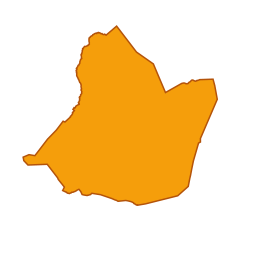 Ringebu nor, Oppland, Norway (Mercator projection), rotated 27°
{"feature_id": "86288312B31660011539204", "entity_name": "Ringebu nor", "entity_type": "district", "adm_level": 2, "iso_a3": "NOR", "parent_name": "Norway", "parent_adm1": "Oppland", "projection": "mercator", "projection_center": [10.18, 61.557], "detail": "fine", "context": "isolated", "style": "filled", "palette": "amber", "viewbox_px": 256, "rotation_deg": 27, "n_neighbors": 0, "source": "geoboundaries", "source_scale": "gbopen_adm2", "svg_char_len": 4963}
<svg xmlns="http://www.w3.org/2000/svg" viewBox="0 0 256 256"><g transform="rotate(27 128 128)"><path d="M98.2,213.4L101.5,213.3L101.5,213.2L101.8,213.2L102.2,213.1L102.7,213.2L103.4,213.6L104.2,213.3L104.3,213.3L105.6,213.0L105.7,212.8L106.4,211.9L106.7,211.8L106.9,211.3L106.9,210.9L108.3,210.1L108.6,209.5L108.9,209.3L109.2,209.0L109.6,208.6L109.7,208.4L109.8,208.2L110.3,207.5L110.6,207.2L110.7,206.7L110.9,206.4L112.1,204.9L112.7,205.1L114.9,206.2L115.9,207.0L117.3,208.1L118.8,207.8L120.1,207.4L121.4,207.0L121.6,206.9L122.0,206.8L122.1,206.7L122.4,206.6L122.5,206.3L122.9,206.1L124.3,204.8L124.4,204.6L124.7,204.5L124.9,204.3L125.0,203.9L125.1,203.4L125.2,203.0L125.4,202.6L133.7,199.9L135.8,199.6L145.5,198.2L149.1,198.0L150.6,197.7L151.9,197.8L152.4,197.8L158.9,193.6L161.2,192.9L164.3,192.2L166.8,192.1L167.0,192.3L167.4,192.4L167.4,192.5L167.5,192.6L167.9,192.5L168.1,192.6L168.4,192.5L168.7,192.6L169.3,192.6L170.2,192.8L170.3,192.7L170.7,192.6L170.8,192.5L171.0,192.6L171.3,192.3L171.4,192.5L171.5,192.5L178.2,187.5L203.1,165.8L208.2,152.7L205.9,144.7L205.3,142.1L203.4,135.6L201.2,127.6L197.7,109.4L198.9,107.6L197.3,104.5L195.5,77.1L194.5,61.9L186.0,50.8L181.6,45.9L169.9,52.4L169.7,52.5L169.4,53.1L168.7,53.8L168.3,54.0L168.2,54.2L167.8,54.4L167.8,54.7L167.3,55.1L167.2,55.3L167.0,55.6L166.5,55.8L166.1,55.8L165.1,55.9L164.7,55.8L164.3,55.8L163.6,56.0L163.2,56.3L163.0,56.5L162.8,57.0L162.7,57.5L162.3,58.7L162.1,59.0L161.6,59.6L161.5,60.5L161.2,61.1L161.2,61.3L160.9,61.5L160.5,61.6L160.3,61.8L160.1,62.0L159.7,62.1L159.1,62.3L158.5,62.2L158.2,62.2L157.1,62.7L156.4,63.2L155.8,63.9L155.6,63.9L145.3,79.4L132.4,68.6L121.5,59.4L101.1,56.5L71.6,42.4L66.3,55.3L66.2,55.3L65.8,55.0L65.4,55.0L65.1,55.0L64.9,55.0L64.6,55.0L64.5,55.3L64.4,55.5L64.1,55.8L63.6,55.8L63.3,56.0L62.9,56.0L62.5,55.8L62.1,55.8L61.9,55.7L61.8,55.8L61.6,56.1L61.1,56.3L60.7,56.1L60.1,56.0L59.9,56.0L59.7,56.1L59.3,56.1L59.2,56.3L58.9,56.3L58.7,56.5L58.5,56.4L58.3,56.3L58.2,56.4L57.9,56.6L57.8,56.8L57.8,57.0L57.7,57.1L57.0,57.5L56.9,57.7L57.0,58.0L56.9,58.0L56.4,58.1L56.0,58.4L55.8,58.7L55.5,59.0L55.2,59.4L55.2,59.7L55.0,59.9L54.9,60.3L54.6,60.5L54.3,60.8L54.3,61.1L54.3,61.4L54.3,61.5L54.2,61.8L54.1,62.2L54.0,62.4L53.8,62.4L53.6,62.6L53.4,63.0L53.2,63.3L53.1,63.6L53.1,63.8L53.1,64.3L52.9,64.4L52.9,64.8L52.8,65.0L52.5,65.5L52.8,66.0L52.8,66.5L53.2,67.0L53.4,67.6L53.6,67.8L53.8,68.3L53.9,68.5L54.1,68.7L54.8,69.5L54.9,69.8L55.0,70.1L55.4,70.7L55.5,70.9L55.5,71.1L55.4,71.2L55.2,71.5L55.0,72.4L55.0,72.5L54.5,72.7L54.5,73.1L54.4,73.2L53.9,73.8L53.6,74.3L53.3,74.6L52.4,74.9L52.3,75.0L52.2,75.2L52.2,75.4L52.1,75.8L52.0,76.6L51.9,76.8L52.0,77.2L51.9,77.4L51.7,77.6L51.5,77.8L51.6,78.0L51.8,78.1L52.0,78.3L52.1,78.6L52.1,78.9L52.1,79.0L51.9,79.5L52.2,79.9L52.3,80.1L52.6,80.8L52.7,81.6L52.9,81.8L53.0,82.4L52.9,82.7L52.9,82.9L53.0,83.2L52.9,83.6L53.2,83.7L53.3,83.8L53.1,84.3L53.2,84.5L53.4,84.6L53.8,85.1L54.2,85.7L54.6,86.5L55.2,87.0L55.2,87.3L54.9,87.5L54.8,87.8L54.8,88.1L54.8,88.5L54.7,88.7L54.7,89.0L54.8,89.2L54.9,89.4L54.9,89.8L54.9,90.4L55.1,90.7L55.1,90.9L55.2,91.1L55.5,91.9L55.7,92.3L55.6,93.0L55.5,93.3L55.5,93.5L55.7,94.0L55.3,94.5L55.1,94.9L55.2,95.3L55.2,95.6L55.2,95.9L55.3,96.2L55.3,96.3L55.1,97.2L55.1,97.7L55.0,98.1L55.0,98.3L55.5,98.3L55.6,98.6L55.7,98.8L55.8,98.9L55.9,99.1L55.9,99.3L55.7,99.8L55.6,100.0L55.7,100.3L55.8,100.4L56.2,100.6L56.3,100.7L56.4,100.8L56.4,101.3L56.5,101.5L56.9,101.6L57.0,101.7L57.1,101.8L57.1,102.2L57.1,102.3L57.5,102.6L57.8,103.0L57.9,103.3L58.0,103.6L58.1,103.9L58.4,104.4L58.6,104.7L58.9,104.9L59.4,105.4L59.9,105.6L60.8,106.3L61.2,106.8L61.5,106.8L62.1,107.4L62.8,107.8L63.1,108.2L64.2,109.2L64.3,109.3L65.1,109.5L66.0,110.2L66.2,110.5L66.7,110.9L66.9,111.2L67.1,112.0L67.5,112.5L67.6,112.8L68.1,113.3L68.3,113.7L68.8,114.1L68.9,114.4L68.8,114.6L68.9,114.8L69.0,114.9L69.1,115.1L68.9,115.5L69.7,116.1L70.1,116.3L70.3,116.5L70.5,117.3L70.7,117.7L70.8,118.0L71.1,118.3L71.1,118.7L70.7,119.7L70.7,119.9L70.9,120.1L70.9,120.4L71.0,120.5L71.2,120.9L71.2,121.1L71.2,121.3L71.0,121.7L70.9,121.8L70.7,122.1L70.7,122.5L70.7,122.8L70.8,122.9L71.4,123.1L71.4,123.5L71.6,123.7L71.6,123.9L71.6,124.1L71.8,124.3L71.9,124.6L72.2,124.8L72.3,125.0L72.3,125.4L72.3,125.5L72.4,126.2L72.3,126.3L72.4,126.7L72.5,126.8L72.5,127.1L72.3,127.5L72.2,127.6L72.2,127.8L72.8,128.4L73.1,128.3L73.5,128.5L73.7,128.8L73.8,129.0L72.9,130.1L71.8,131.9L71.6,132.4L71.6,132.7L71.7,133.3L71.8,133.6L71.5,134.0L71.5,134.3L71.5,134.5L70.7,134.4L70.5,136.4L72.3,136.8L72.2,137.4L71.9,138.1L71.8,138.7L71.8,138.8L71.7,138.9L71.6,139.1L71.6,139.6L71.9,139.6L71.9,139.8L72.0,140.0L72.0,140.3L72.1,140.5L72.1,140.9L72.1,141.1L72.1,141.3L72.1,141.5L71.9,142.0L71.9,142.3L71.9,142.5L71.8,142.8L71.7,143.0L71.5,143.5L71.4,143.8L71.4,144.0L71.7,144.3L69.1,151.3L67.1,151.4L65.1,162.4L61.4,174.4L57.6,194.9L51.9,196.7L47.8,201.6L50.0,204.4L55.7,206.4L72.5,197.0L88.0,204.4L89.2,205.5L98.1,209.5L98.2,213.4Z" fill="#f59e0b" stroke="#b45309" stroke-width="1.5"/></g></svg>